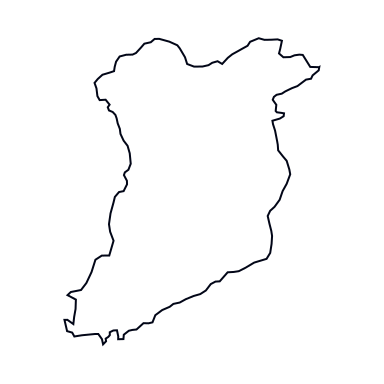 Mari, Larnaca, Cyprus (orthographic projection), rotated 95°
{"feature_id": "46923920B82704308183910", "entity_name": "Mari", "entity_type": "district", "adm_level": 2, "iso_a3": "CYP", "parent_name": "Cyprus", "parent_adm1": "Larnaca", "projection": "orthographic", "projection_center": [33.292, 34.734], "detail": "fine", "context": "isolated", "style": "outline", "palette": "ink", "viewbox_px": 384, "rotation_deg": 95, "n_neighbors": 0, "source": "geoboundaries", "source_scale": "gbopen_adm2", "svg_char_len": 2247}
<svg xmlns="http://www.w3.org/2000/svg" viewBox="0 0 384 384"><g transform="rotate(95 192 192)"><path d="M91.8,298.6L97.1,296.2L104.7,294.6L108.5,292.0L107.6,286.1L112.2,281.7L114.9,283.3L118.0,281.8L119.2,278.0L121.9,275.0L125.2,273.5L130.1,272.0L135.4,269.4L140.4,268.3L146.8,264.6L151.6,260.2L158.9,257.4L169.2,255.5L175.4,257.3L178.3,260.6L181.1,261.3L186.5,257.8L190.0,257.4L197.1,260.2L198.4,264.7L203.6,268.4L209.5,269.3L220.4,271.3L231.3,271.9L238.7,270.1L247.4,265.9L262.5,268.9L263.2,276.3L267.9,282.3L280.5,285.1L291.9,289.3L299.3,294.0L302.2,304.0L305.6,307.0L309.3,298.3L318.7,297.8L326.7,298.5L333.9,298.7L330.2,305.0L330.5,307.9L341.5,304.3L342.5,299.1L346.2,296.6L345.8,295.1L344.3,289.1L341.9,276.2L341.6,273.0L346.4,268.9L351.5,267.3L348.2,264.6L345.6,265.2L343.6,262.7L341.7,261.4L338.9,261.7L336.8,258.3L336.3,254.7L342.2,252.9L345.1,252.7L344.5,247.5L341.1,247.5L340.1,247.5L335.7,242.8L334.6,239.4L333.8,235.3L326.9,228.9L326.6,223.9L325.3,220.0L317.9,217.8L312.2,211.4L308.3,204.2L305.1,200.8L303.2,194.6L299.3,188.8L295.4,181.2L293.0,174.9L288.9,169.6L282.1,165.3L279.2,160.8L278.6,156.6L268.9,149.5L268.0,143.4L266.8,138.5L263.0,132.4L256.9,123.9L252.1,111.9L245.9,108.8L236.8,108.2L228.8,108.4L223.9,109.6L216.8,112.1L209.3,114.5L203.9,112.5L199.6,108.5L192.1,104.0L183.2,101.8L175.6,98.4L165.8,95.7L161.1,97.0L152.7,100.4L148.7,104.4L143.0,109.8L137.4,110.7L134.0,111.6L123.6,114.6L117.4,117.2L114.0,118.1L111.2,110.9L108.5,107.3L105.6,107.2L105.4,109.7L105.2,114.4L104.0,115.7L97.8,115.6L95.0,118.0L93.1,119.6L90.1,118.7L87.8,116.2L86.2,111.1L83.7,107.9L81.7,104.6L79.8,101.4L77.3,96.2L70.1,88.2L68.8,83.3L65.3,82.0L59.8,76.4L56.4,76.1L56.6,76.4L57.1,85.1L45.8,93.6L45.8,97.0L46.9,101.8L49.0,105.9L49.8,112.7L46.4,117.4L41.7,116.6L33.5,115.6L32.5,120.0L33.4,126.4L34.1,133.1L33.0,138.9L37.3,147.2L41.5,149.4L45.2,154.9L47.4,158.1L51.3,163.9L55.2,168.0L61.8,173.1L59.5,177.9L61.5,183.1L64.2,186.6L66.1,192.5L66.9,200.9L64.9,208.0L58.4,210.7L56.7,211.9L50.0,216.7L47.1,219.4L44.2,227.7L42.3,238.0L42.8,242.6L46.4,246.1L48.4,252.4L52.7,255.5L58.4,259.9L60.3,263.2L61.0,269.5L63.3,275.9L68.8,279.0L74.0,279.9L78.4,280.2L80.3,284.6L83.0,291.4L87.6,295.7L91.8,298.6Z" fill="none" stroke="#020617" stroke-width="2"/></g></svg>